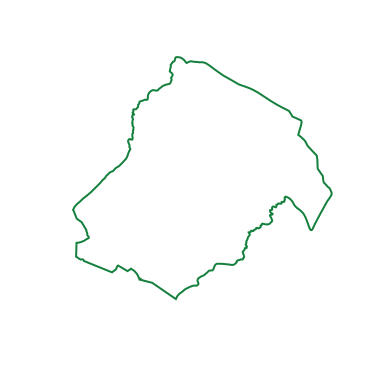 the district of Longsane, Vientiane, Laos, rotated 137°
{"feature_id": "54806243B36605497856689", "entity_name": "Longsane", "entity_type": "district", "adm_level": 2, "iso_a3": "LAO", "parent_name": "Laos", "parent_adm1": "Vientiane", "projection": "equal_earth", "projection_center": [102.9, 18.631], "detail": "fine", "context": "isolated", "style": "outline", "palette": "green", "viewbox_px": 384, "rotation_deg": 137, "n_neighbors": 0, "source": "geoboundaries", "source_scale": "gbopen_adm2", "svg_char_len": 6058}
<svg xmlns="http://www.w3.org/2000/svg" viewBox="0 0 384 384"><g transform="rotate(137 192 192)"><path d="M63.1,169.1L65.6,175.3L67.1,178.6L66.3,182.4L66.0,183.5L66.0,183.8L65.8,185.0L66.9,188.3L68.3,192.0L70.2,197.6L72.3,204.8L75.9,219.7L77.9,225.7L79.4,229.2L81.7,233.7L84.3,238.5L86.9,247.1L89.6,255.6L91.2,262.8L93.0,272.8L94.1,277.0L95.7,279.6L97.9,281.6L98.1,281.7L98.2,281.9L99.7,283.8L100.9,284.9L103.7,288.4L104.6,288.9L106.8,289.7L107.9,290.0L108.0,290.4L108.0,291.4L107.9,292.3L107.8,293.5L107.8,294.6L108.3,296.8L108.6,297.9L109.5,299.3L110.7,300.6L111.6,301.4L112.5,301.5L113.1,301.1L113.9,300.7L115.0,299.9L116.3,299.7L116.7,299.9L117.3,300.3L118.9,299.8L120.8,299.6L121.3,298.8L122.4,297.9L123.3,297.3L124.5,296.5L125.9,295.5L126.0,294.6L125.8,293.6L125.7,292.4L126.0,291.2L126.8,290.4L127.9,290.1L128.9,289.9L129.6,289.7L129.9,288.8L130.3,288.0L131.0,287.6L133.3,286.5L134.2,286.4L134.9,286.5L137.5,288.1L138.9,288.7L140.4,289.3L142.2,289.6L144.2,289.7L146.4,289.9L147.2,289.7L148.1,289.8L149.2,290.7L150.4,292.5L151.5,293.4L153.3,293.9L154.7,293.8L155.2,293.9L156.0,293.7L156.8,293.4L158.1,292.8L158.9,292.2L159.4,291.7L160.5,290.5L160.9,290.2L161.2,290.1L161.9,290.1L162.2,290.2L163.0,291.2L163.9,291.8L164.6,292.0L165.8,292.5L166.5,292.8L167.1,293.0L167.6,293.4L168.2,293.7L168.6,293.7L169.0,293.7L170.0,292.9L170.6,292.6L171.4,292.6L172.0,292.5L172.4,292.1L173.3,291.0L173.8,290.9L174.5,291.0L175.8,290.7L176.3,290.7L176.7,290.8L177.1,291.2L178.0,292.1L178.6,292.3L179.0,292.2L179.3,291.6L179.6,291.2L179.9,291.0L180.3,290.7L180.6,290.7L180.9,290.8L181.2,290.7L181.3,290.1L181.4,288.4L181.5,288.2L181.9,288.3L182.0,288.9L182.1,289.1L182.6,289.1L182.9,288.9L183.7,288.1L184.7,287.7L184.9,287.2L185.1,286.7L185.2,286.0L185.4,285.6L187.1,284.6L187.4,284.2L187.6,283.9L187.9,283.7L188.3,283.6L188.7,283.4L188.9,282.4L189.2,282.0L190.0,281.5L190.1,281.2L190.5,279.5L190.7,279.0L192.0,278.1L192.6,277.4L193.0,277.2L193.4,277.1L193.7,276.9L193.9,276.6L194.4,275.8L194.7,275.5L195.1,275.3L195.5,275.3L196.0,275.2L196.5,274.7L197.6,273.4L197.9,272.8L199.3,271.3L199.6,271.2L199.8,271.1L200.0,271.2L200.3,271.3L200.6,271.7L200.9,272.2L201.1,272.7L201.4,273.1L201.7,273.4L203.3,273.3L203.8,273.0L204.2,272.6L204.6,272.0L205.8,268.7L206.1,268.4L206.5,268.2L207.0,267.8L207.3,267.1L207.5,266.2L207.7,265.7L208.0,265.3L208.4,265.1L209.0,265.0L210.5,264.6L215.6,261.9L217.6,261.3L218.1,261.3L222.5,260.9L227.4,260.7L231.5,261.5L235.3,261.2L235.7,261.2L237.6,262.1L240.1,262.3L244.1,262.2L246.0,261.6L248.0,261.6L249.3,261.7L253.2,261.2L261.4,260.9L266.2,260.8L271.9,261.1L276.2,261.5L280.4,261.4L284.9,261.6L288.5,261.1L291.2,260.0L291.4,258.8L291.8,257.9L294.5,251.1L293.3,245.2L295.2,236.2L295.8,235.8L296.0,235.3L296.6,233.4L297.6,232.4L298.0,231.8L298.1,231.4L298.1,229.8L298.4,229.2L299.0,228.8L299.5,228.9L300.8,229.3L302.8,229.7L303.8,229.8L305.9,230.6L306.9,230.9L308.6,231.8L309.9,232.6L311.1,233.6L320.9,223.7L320.7,223.4L320.5,222.5L320.1,220.4L319.8,219.4L319.5,218.8L319.3,218.3L319.0,218.1L318.8,218.0L318.3,217.7L318.0,217.4L317.7,216.8L317.7,216.2L318.1,215.3L305.3,187.8L303.9,187.7L303.1,187.5L302.3,187.5L301.7,187.4L300.9,187.3L300.2,187.4L299.6,187.6L299.0,187.8L298.4,188.2L297.7,188.6L296.2,188.6L293.1,178.1L288.9,177.5L288.0,173.6L288.1,169.7L288.7,167.4L289.4,165.7L289.0,163.9L289.5,164.4L290.2,163.9L283.0,152.7L276.8,124.7L273.6,125.9L270.8,126.2L269.6,126.0L268.4,125.9L266.8,125.7L264.0,125.6L262.7,125.4L261.2,124.9L258.7,124.2L256.4,123.3L255.2,122.8L252.3,120.3L251.7,120.1L250.8,120.1L249.9,120.4L249.4,121.2L249.0,122.4L248.4,123.5L247.0,124.4L246.5,124.5L245.7,124.4L244.0,124.2L242.8,123.9L240.2,123.0L237.1,122.8L233.3,122.8L232.4,122.4L230.8,120.9L230.1,120.7L228.3,121.2L226.4,122.3L224.7,122.8L223.8,122.8L223.0,122.7L221.5,121.4L219.0,119.0L217.9,117.7L216.8,116.5L215.4,114.9L214.3,113.7L213.5,112.5L212.4,111.3L211.7,110.7L211.1,110.4L209.8,110.1L208.0,110.1L207.5,110.1L207.1,110.3L206.6,110.9L205.9,110.9L205.3,110.8L204.6,110.5L203.4,109.7L203.1,109.7L202.4,109.5L201.3,108.4L200.8,108.1L199.8,108.6L199.1,108.7L198.6,108.7L198.1,109.0L196.8,111.4L196.0,113.4L195.0,113.8L194.4,113.9L193.0,113.9L192.4,114.2L192.0,114.6L191.2,114.9L190.9,114.7L190.6,114.1L190.2,113.9L189.7,114.2L188.9,114.9L188.9,115.4L188.9,115.9L188.7,116.9L188.0,117.2L187.4,117.3L186.9,117.7L186.6,118.3L186.2,118.7L183.6,119.6L182.6,120.4L182.0,120.7L180.0,121.0L178.9,121.3L178.5,121.9L178.1,123.8L177.6,123.6L177.0,123.1L176.5,122.8L176.2,122.9L175.5,123.3L175.1,123.3L174.6,122.8L174.2,122.0L173.7,121.6L173.3,121.7L172.7,121.9L172.0,121.8L171.3,121.4L170.8,121.2L169.7,121.8L169.0,121.5L168.6,121.1L168.3,120.4L168.1,120.0L167.6,119.7L166.2,119.6L165.4,119.7L164.7,120.7L163.6,120.3L163.0,120.6L162.5,120.9L162.0,120.7L161.6,120.2L160.9,119.1L160.1,118.0L158.9,116.8L157.4,115.9L156.1,115.9L153.5,116.0L153.0,116.2L152.7,116.7L151.8,118.8L151.5,120.2L151.2,121.3L150.9,121.8L150.3,121.7L149.0,120.9L148.5,120.8L148.0,120.9L148.0,121.6L148.2,122.2L148.5,122.7L148.5,123.1L148.4,123.8L148.0,124.8L147.3,125.4L146.8,125.2L146.1,124.5L145.4,124.5L144.9,124.8L144.6,125.5L144.0,126.0L143.2,126.2L142.4,126.0L142.1,125.7L141.8,124.9L141.4,123.9L141.1,123.6L140.8,123.6L139.3,124.5L138.9,125.1L138.2,124.7L137.7,124.6L137.1,124.8L136.5,124.6L135.6,123.5L134.9,122.8L134.4,122.6L133.4,123.5L132.7,123.2L131.9,122.4L131.4,122.0L130.9,122.1L130.5,122.4L130.1,122.9L129.3,123.0L128.8,123.6L128.4,124.5L127.6,124.9L126.7,124.7L126.2,123.9L125.3,121.8L125.0,119.6L125.0,117.3L125.3,115.7L126.2,112.0L126.1,108.7L125.5,105.9L125.3,103.5L125.2,100.7L125.5,99.0L126.5,95.4L128.8,89.8L130.3,86.4L131.1,84.2L131.1,83.2L130.5,82.6L129.8,82.5L126.8,83.6L123.9,84.8L113.5,88.4L99.8,92.9L95.0,93.9L92.2,94.7L91.0,95.4L90.2,96.7L89.3,99.4L88.8,100.7L89.1,102.6L89.1,105.9L89.1,109.2L88.2,110.8L86.8,112.6L85.4,114.7L85.1,117.2L84.2,123.1L83.6,124.0L78.1,130.4L76.0,133.4L75.9,135.2L76.0,138.7L76.0,142.2L76.0,147.0L74.6,151.7L74.5,153.8L74.8,158.1L75.3,161.4L66.3,166.7L63.2,169.3L63.1,169.1Z" fill="none" stroke="#15803d" stroke-width="2"/></g></svg>